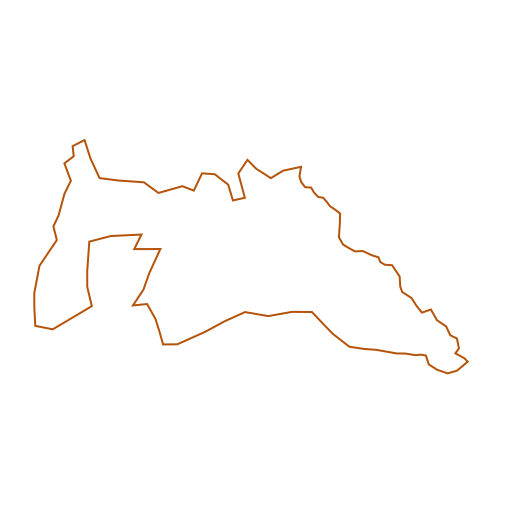 Kalapanagiotis, Nicosia, Cyprus, rotated 94°
{"feature_id": "46923920B11517267441336", "entity_name": "Kalapanagiotis", "entity_type": "district", "adm_level": 2, "iso_a3": "CYP", "parent_name": "Cyprus", "parent_adm1": "Nicosia", "projection": "robinson", "projection_center": [32.834, 35.038], "detail": "fine", "context": "isolated", "style": "outline", "palette": "amber", "viewbox_px": 512, "rotation_deg": 94, "n_neighbors": 0, "source": "geoboundaries", "source_scale": "gbopen_adm2", "svg_char_len": 1451}
<svg xmlns="http://www.w3.org/2000/svg" viewBox="0 0 512 512"><g transform="rotate(94 256 256)"><path d="M346.6,37.4L343.4,41.1L339.2,50.3L334.0,47.1L324.3,49.8L321.5,56.7L313.1,61.3L311.3,64.3L307.5,70.9L297.2,77.8L300.9,86.5L294.4,92.5L287.0,98.0L281.8,107.6L276.7,109.9L266.4,111.3L255.7,119.6L255.7,126.9L253.4,131.5L248.7,133.8L247.3,140.2L243.6,149.8L244.5,157.6L241.3,164.5L238.5,170.0L231.5,174.6L218.0,174.6L207.7,175.1L204.9,179.2L201.2,185.6L197.4,188.9L193.2,193.0L192.8,198.0L188.6,202.6L183.9,205.8L183.9,211.8L179.3,215.9L173.7,218.2L163.9,217.3L169.0,234.9L177.3,246.6L169.0,261.8L160.7,271.2L174.9,279.4L198.7,271.2L202.2,282.9L186.8,288.7L177.3,302.8L177.3,315.6L195.1,322.6L191.5,334.3L199.9,357.7L190.3,373.0L190.3,398.7L189.2,417.5L170.1,428.0L152.3,435.1L159.2,446.6L169.2,444.8L177.0,453.6L193.8,445.9L207.2,451.4L229.5,455.8L240.6,460.2L254.0,455.8L280.8,471.3L308.7,474.6L323.2,473.5L341.1,471.3L343.3,453.6L317.5,416.3L298.5,422.2L283.0,423.3L268.8,423.3L253.3,423.3L246.2,402.2L242.6,371.8L257.6,377.9L255.7,351.9L280.6,361.3L297.3,365.9L313.9,375.3L311.5,361.3L325.8,351.9L337.7,347.2L350.7,342.5L349.6,328.5L335.3,301.6L323.4,282.9L312.7,263.0L315.1,239.6L309.2,216.2L308.0,196.3L318.7,184.6L328.2,174.1L340.0,156.5L341.2,141.3L341.2,129.7L343.4,109.0L342.9,100.3L343.8,89.7L342.9,84.7L343.4,79.6L352.2,76.0L356.9,67.2L358.4,61.5L359.7,56.7L356.4,47.5L346.6,37.4Z" fill="none" stroke="#b45309" stroke-width="2"/></g></svg>